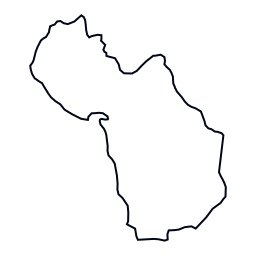 Maradong, Sarawak, Malaysia (orthographic projection)
{"feature_id": "92858781B62656857098547", "entity_name": "Maradong", "entity_type": "district", "adm_level": 2, "iso_a3": "MYS", "parent_name": "Malaysia", "parent_adm1": "Sarawak", "projection": "orthographic", "projection_center": [111.617, 2.17], "detail": "fine", "context": "isolated", "style": "outline", "palette": "ink", "viewbox_px": 256, "rotation_deg": 0, "n_neighbors": 0, "source": "geoboundaries", "source_scale": "gbopen_adm2", "svg_char_len": 1802}
<svg xmlns="http://www.w3.org/2000/svg" viewBox="0 0 256 256"><path d="M126.9,224.3L135.1,228.6L136.4,236.3L137.9,239.8L153.9,238.9L158.7,239.3L164.6,240.6L167.7,239.5L167.4,234.3L168.7,230.4L174.9,230.1L179.0,229.5L184.9,227.1L191.5,226.4L195.7,228.5L206.1,217.5L212.7,208.7L220.5,203.0L223.6,198.7L225.5,196.7L225.8,187.1L224.7,184.0L223.6,181.4L222.5,179.2L220.8,176.2L219.0,172.2L223.4,135.3L221.8,133.3L217.5,131.8L214.9,131.6L211.4,129.2L208.3,128.3L205.5,125.3L204.6,121.5L202.6,115.9L200.9,111.5L195.4,108.2L191.5,106.9L187.8,104.7L184.7,101.4L181.9,97.3L176.8,91.4L175.7,89.0L174.9,87.7L174.9,87.2L173.3,83.5L173.1,80.7L172.9,76.5L171.4,72.8L169.8,69.8L166.6,66.9L164.4,64.3L165.0,60.8L164.4,57.1L160.7,54.7L155.9,55.6L153.2,55.8L146.0,61.5L141.6,65.8L136.8,70.9L132.0,73.5L124.0,73.3L120.0,69.8L118.7,64.3L115.0,58.2L106.5,56.0L106.3,52.9L104.5,51.8L103.4,49.7L105.2,44.9L101.0,40.7L101.4,39.4L101.4,35.2L97.5,34.8L91.8,36.1L89.2,37.4L87.2,34.8L86.2,30.2L85.7,24.5L85.1,20.2L83.8,17.1L81.3,15.4L78.9,17.5L74.4,21.5L67.8,24.1L63.7,23.2L60.4,21.0L57.1,21.5L54.7,24.5L52.7,25.2L50.1,26.3L49.7,28.3L49.4,29.3L49.0,32.2L46.0,37.0L43.3,38.5L40.9,40.5L37.4,47.3L35.7,51.8L33.7,59.9L32.6,62.5L30.2,65.8L30.7,69.1L32.0,73.7L34.7,78.4L36.1,79.2L38.3,80.9L42.2,83.3L43.2,85.2L44.6,87.6L47.0,91.4L47.9,92.9L50.9,97.2L55.5,101.2L60.4,104.4L64.6,109.7L72.1,114.2L75.8,116.1L81.2,118.8L87.9,119.9L88.4,116.8L91.6,113.3L94.4,113.2L99.0,112.8L102.8,113.2L107.5,116.4L107.9,118.1L107.9,119.3L105.3,119.6L101.5,118.9L100.1,119.5L99.7,121.0L100.5,124.5L103.9,128.7L105.4,131.8L106.3,135.0L107.7,146.3L107.5,150.7L108.5,155.4L112.1,159.3L114.7,163.5L116.9,175.5L117.6,183.6L117.4,189.5L118.5,194.3L122.4,197.8L127.7,205.7L128.3,212.7L128.1,221.4L126.9,224.3Z" fill="none" stroke="#020617" stroke-width="2"/></svg>